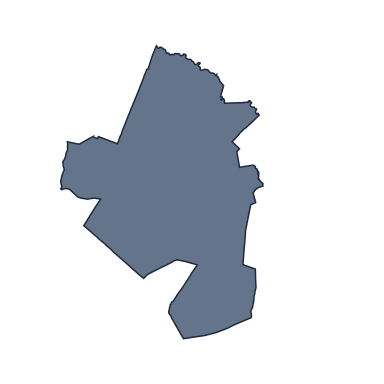 outline of Traian Vuia, Timis, Romania, rotated 49°
{"feature_id": "2599482B91559733005847", "entity_name": "Traian Vuia", "entity_type": "district", "adm_level": 2, "iso_a3": "ROU", "parent_name": "Romania", "parent_adm1": "Timis", "projection": "orthographic", "projection_center": [22.019, 45.79], "detail": "fine", "context": "isolated", "style": "filled", "palette": "slate", "viewbox_px": 384, "rotation_deg": 49, "n_neighbors": 0, "source": "geoboundaries", "source_scale": "gbopen_adm2", "svg_char_len": 5812}
<svg xmlns="http://www.w3.org/2000/svg" viewBox="0 0 384 384"><g transform="rotate(49 192 192)"><path d="M146.4,295.8L146.9,295.8L148.4,295.4L150.6,295.2L154.8,294.5L160.6,293.8L163.6,293.2L166.0,293.1L170.7,292.4L171.6,292.1L173.3,291.9L176.5,291.7L182.1,290.8L185.8,290.7L191.9,289.8L202.0,288.4L211.9,287.2L215.5,286.7L218.0,286.4L225.5,285.2L225.1,280.9L225.1,280.1L225.5,278.0L228.8,264.5L230.3,259.4L231.8,253.1L232.2,250.1L233.2,248.6L233.4,247.4L233.7,247.4L234.2,247.1L241.1,241.9L241.8,241.5L248.0,237.4L249.7,236.2L250.5,235.9L252.1,242.1L253.0,245.7L253.8,247.5L254.2,248.8L254.6,250.4L258.2,263.0L258.4,264.0L259.1,267.4L259.5,269.0L259.8,270.4L261.0,274.0L261.2,275.0L262.0,277.9L262.1,278.5L262.0,278.9L261.8,279.1L261.7,279.6L261.7,279.9L262.5,280.9L262.8,281.4L262.7,282.2L263.2,283.0L264.2,283.7L264.3,284.3L264.5,284.8L266.2,286.7L266.2,287.0L266.8,287.7L267.9,288.8L268.6,289.0L271.8,289.4L273.8,290.1L297.1,294.7L300.5,289.3L307.6,278.2L308.8,276.3L314.2,265.4L318.2,254.2L318.9,251.3L319.1,250.3L320.1,246.7L325.7,229.7L324.2,228.1L320.2,225.5L318.9,222.1L317.1,220.0L316.4,219.0L315.6,217.7L315.3,217.5L314.9,217.5L314.0,216.0L312.8,215.1L311.7,213.9L310.2,211.7L308.3,209.6L306.7,207.2L306.4,206.7L303.8,204.5L303.2,204.2L291.7,194.7L283.9,199.2L280.3,201.1L280.1,201.1L268.2,189.0L264.7,185.3L255.9,176.5L254.0,174.0L240.2,156.1L240.2,155.8L241.7,151.1L241.7,150.8L235.9,148.0L234.5,147.3L233.6,147.0L232.8,146.6L232.8,146.4L232.0,143.4L231.9,142.4L231.9,140.8L232.0,140.3L232.5,138.3L234.1,134.6L232.9,133.8L232.4,133.1L232.0,132.9L231.9,132.9L228.3,133.5L227.8,133.1L226.4,133.3L226.3,133.2L226.3,132.9L225.9,132.9L225.5,133.3L224.5,132.4L224.3,132.1L224.1,131.5L223.7,131.2L223.4,130.9L223.2,131.0L223.0,130.9L223.0,130.5L222.8,130.2L222.6,130.1L222.3,130.0L221.7,130.5L221.5,130.4L221.8,129.8L221.8,129.5L221.4,129.1L221.3,129.5L221.2,129.6L220.6,129.4L220.7,128.9L220.5,128.7L219.9,128.8L219.2,128.7L218.8,128.4L218.2,128.7L217.6,128.1L217.0,127.9L216.2,128.5L215.8,128.4L215.6,128.4L215.4,128.3L215.0,128.4L214.9,128.3L214.8,127.8L214.5,127.5L213.9,127.5L212.9,127.9L212.2,128.0L211.6,128.5L211.3,129.0L210.9,129.8L209.8,131.3L209.4,132.4L207.8,134.6L205.6,138.2L205.6,138.4L205.2,139.0L204.7,139.9L197.0,135.4L195.0,134.1L190.9,131.8L190.6,127.8L180.4,128.7L180.1,124.8L179.5,120.0L178.9,116.7L178.6,110.2L178.9,110.0L178.6,99.7L178.1,90.9L177.4,90.9L176.3,91.0L176.2,90.9L176.3,90.8L176.4,90.6L176.2,90.5L175.7,90.9L175.8,91.7L175.7,92.1L175.5,92.3L174.2,91.9L173.7,91.9L173.2,91.7L172.5,90.5L172.4,90.3L172.2,89.5L172.0,89.1L171.8,88.9L171.5,88.9L171.1,89.0L170.5,89.5L170.1,89.7L169.8,89.7L168.7,89.5L168.1,90.0L167.9,90.3L167.8,90.6L167.4,91.0L166.9,91.3L165.1,91.4L164.7,91.2L164.4,90.7L164.2,90.2L164.0,89.1L163.8,88.6L163.5,88.3L163.2,88.2L162.8,88.5L162.4,88.8L161.7,89.1L161.2,89.0L161.1,88.6L160.9,88.5L160.7,88.9L160.6,89.4L160.7,90.2L160.6,90.8L160.9,91.0L160.1,91.9L156.5,96.9L155.3,98.0L154.8,98.8L152.6,101.6L151.6,102.7L151.1,103.4L146.4,109.2L145.9,108.9L145.5,108.5L145.0,108.2L143.6,107.2L143.1,107.0L142.4,107.0L142.1,107.3L142.0,108.0L142.1,108.6L142.1,109.1L141.9,109.4L141.7,109.5L141.2,109.5L141.0,109.3L141.2,108.1L141.2,107.6L140.9,107.2L140.3,106.9L139.9,107.0L139.6,107.2L138.9,108.0L137.8,106.4L132.4,98.3L131.1,98.4L126.5,98.3L125.4,97.7L122.1,96.8L121.5,96.8L120.9,97.1L120.4,97.2L120.0,97.0L119.5,96.4L119.5,96.8L119.2,97.7L117.9,97.6L117.0,97.7L116.6,97.9L116.2,98.1L115.4,98.7L114.4,100.0L114.0,100.0L112.6,99.9L111.2,99.8L110.3,100.0L109.4,100.4L109.0,100.8L108.6,101.1L108.1,101.7L107.9,101.7L107.6,102.0L106.9,104.2L106.3,105.2L105.6,105.6L105.4,105.6L105.0,105.4L104.5,105.1L103.8,104.3L103.1,104.0L101.7,104.6L101.4,104.6L101.0,104.5L100.8,104.3L100.6,103.5L100.3,101.5L100.1,101.3L99.7,101.3L99.4,101.4L99.1,101.7L98.8,102.2L98.6,103.1L98.6,103.5L98.7,104.2L98.7,104.8L98.4,105.4L98.0,105.8L97.7,106.0L97.2,106.1L94.8,105.6L94.1,105.7L93.5,106.0L92.9,106.1L91.6,106.0L91.2,106.0L90.9,106.2L90.3,106.7L89.8,107.5L89.6,107.7L87.4,108.7L86.9,108.7L86.3,108.5L86.0,108.2L85.4,107.2L85.0,106.8L84.2,106.6L83.8,106.7L83.0,107.4L82.4,107.7L82.4,107.9L82.8,108.3L82.8,109.1L82.1,110.5L81.7,111.0L80.9,111.3L80.0,110.9L79.6,110.9L78.1,112.0L77.9,112.6L76.5,113.8L76.3,114.2L76.5,115.2L76.5,115.5L76.2,115.8L75.1,116.5L75.0,116.8L74.7,117.7L74.3,118.5L74.1,118.7L73.9,118.8L73.5,118.7L73.0,118.7L72.5,118.4L71.8,118.7L70.8,119.4L70.5,120.2L70.3,120.3L69.5,120.0L68.9,119.5L68.2,119.2L67.5,119.0L66.7,119.0L65.8,119.4L65.3,119.9L64.3,119.8L63.2,120.2L62.2,120.6L62.0,120.8L61.5,121.4L61.5,121.7L61.8,122.3L61.8,122.5L61.5,123.0L61.3,123.3L60.4,123.4L59.1,122.9L58.3,122.9L63.0,132.3L66.1,137.5L66.7,138.6L66.9,138.8L67.5,139.7L69.3,142.8L70.0,143.6L70.2,143.8L70.5,143.8L70.1,144.9L69.8,145.9L71.1,148.0L73.0,152.0L74.1,153.7L75.7,156.8L76.6,158.5L78.3,161.9L79.8,164.5L83.2,171.2L84.0,172.9L85.9,176.4L86.1,176.9L86.1,177.3L86.6,178.1L86.9,178.9L87.3,179.3L88.7,182.4L91.0,186.6L92.1,189.0L97.8,199.9L99.0,202.4L100.7,205.5L101.6,206.7L102.0,207.4L102.4,208.7L102.8,209.6L104.1,212.0L105.3,213.9L106.7,216.7L102.6,218.7L100.9,219.8L97.9,221.4L88.7,226.3L89.7,227.9L89.7,228.2L89.5,228.5L87.4,229.4L85.3,230.7L85.2,230.4L83.8,236.6L83.1,240.0L82.0,245.4L81.4,246.1L80.1,247.3L72.3,253.1L74.4,254.5L76.4,256.6L78.2,257.7L80.4,262.0L81.8,263.7L82.7,264.8L83.9,267.6L84.3,269.5L86.4,271.1L88.0,272.1L91.1,273.6L91.3,273.8L93.9,278.7L96.1,281.9L97.9,284.1L98.6,284.7L100.0,285.4L100.3,285.6L101.3,286.1L102.6,286.5L103.2,288.2L103.4,288.8L103.6,289.0L104.1,289.1L104.6,288.9L105.0,288.5L105.2,287.3L105.4,286.9L105.9,286.0L106.4,285.3L107.8,283.8L109.0,282.9L110.0,282.6L120.1,281.6L121.9,280.9L123.8,279.8L127.9,276.4L129.0,275.3L132.2,270.1L137.4,265.6L140.0,274.9L142.9,284.3L146.4,295.8Z" fill="#64748b" stroke="#1e293b" stroke-width="1.5"/></g></svg>